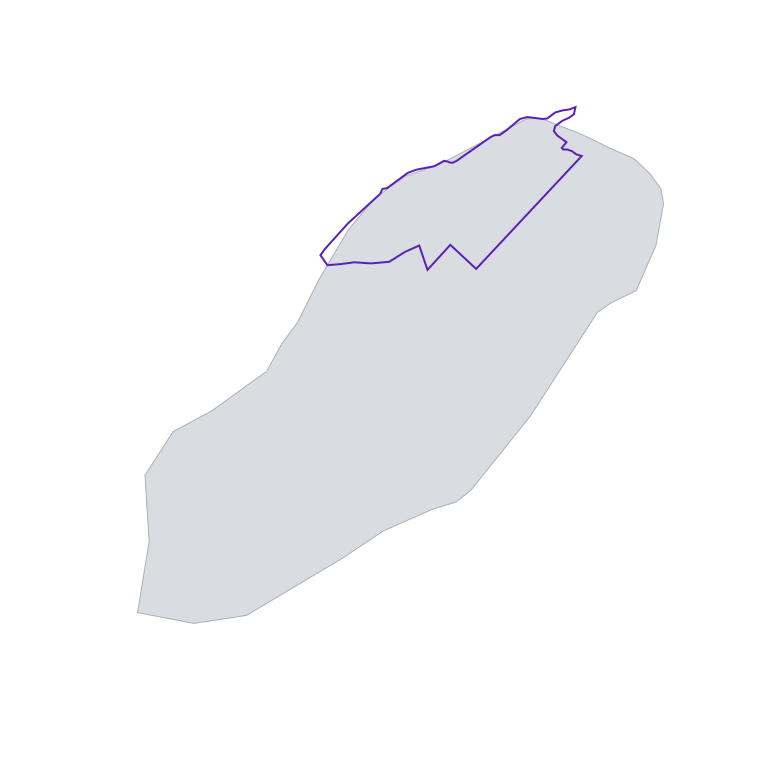 Al Wakrah on a map of Qatar (Equal Earth projection), rotated 223°
{"feature_id": "QAT-1101", "entity_name": "Al Wakrah", "entity_type": "Municipality", "adm_level": 1, "iso_a3": "QAT", "parent_name": "Qatar", "parent_adm1": "", "projection": "equal_earth", "projection_center": [51.437, 24.907], "detail": "fine", "context": "in_parent", "style": "outline", "palette": "violet", "viewbox_px": 768, "rotation_deg": 223, "n_neighbors": 0, "source": "natural_earth", "source_scale": "10m", "svg_char_len": 1282}
<svg xmlns="http://www.w3.org/2000/svg" viewBox="0 0 768 768"><g transform="rotate(223 384 384)"><path d="M409.8,701.3L381.3,710.0L354.6,719.3L332.2,719.1L314.3,715.4L302.4,706.4L279.5,670.6L263.3,624.2L273.3,598.3L276.8,582.2L255.1,460.1L248.1,366.4L250.7,347.2L263.3,325.1L284.2,276.4L295.3,229.4L326.8,121.0L359.8,79.3L408.3,48.7L448.2,108.5L496.6,154.3L505.8,205.4L491.6,247.1L478.5,313.5L486.3,344.0L489.3,370.4L502.5,414.9L515.3,472.5L517.5,512.7L510.6,549.9L493.7,581.2L460.4,675.4L450.4,685.2L409.8,701.3Z" fill="#d9dde1" stroke="#a8b0b8" stroke-width="1"/><path d="M518.2,434.7L519.3,442.2L519.9,477.1L516.5,520.6L518.2,525.6L515.4,529.2L510.6,554.7L506.5,562.8L495.6,577.8L492.3,588.2L489.7,589.8L486.9,590.9L484.8,592.5L483.2,596.2L475.0,634.7L474.6,636.8L472.9,641.4L469.2,644.8L467.5,652.8L465.3,670.6L461.2,677.0L448.4,686.3L445.7,689.5L444.0,699.3L440.0,705.9L435.7,711.2L432.8,717.1L429.1,710.8L430.3,704.8L433.1,698.1L434.7,689.5L432.3,684.8L426.6,683.9L415.5,685.3L415.0,677.9L413.0,677.7L409.8,680.5L405.6,682.4L400.0,683.1L394.9,685.6L395.1,531.0L430.4,531.0L430.0,497.1L452.7,509.3L458.7,495.0L463.6,476.8L471.0,468.6L475.7,463.4L481.1,459.0L488.9,452.6L496.8,442.9L506.4,432.3L516.0,434.4L518.2,434.7Z" fill="none" stroke="#5b21b6" stroke-width="2"/></g></svg>